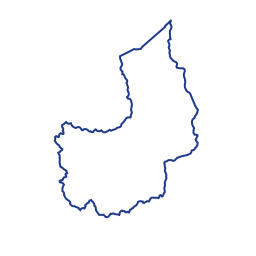 outline of Kuala Kangsar, Perak, Malaysia, rotated 153°
{"feature_id": "92858781B74262532069256", "entity_name": "Kuala Kangsar", "entity_type": "district", "adm_level": 2, "iso_a3": "MYS", "parent_name": "Malaysia", "parent_adm1": "Perak", "projection": "robinson", "projection_center": [101.145, 4.799], "detail": "fine", "context": "isolated", "style": "outline", "palette": "blue", "viewbox_px": 256, "rotation_deg": 153, "n_neighbors": 0, "source": "geoboundaries", "source_scale": "gbopen_adm2", "svg_char_len": 5345}
<svg xmlns="http://www.w3.org/2000/svg" viewBox="0 0 256 256"><g transform="rotate(153 128 128)"><path d="M74.0,81.3L72.5,83.4L73.0,84.7L73.1,86.1L72.8,87.2L71.5,87.9L70.1,89.0L69.4,90.1L70.3,91.1L71.7,91.8L71.9,94.0L71.3,95.0L70.3,96.7L69.2,97.9L69.2,98.8L69.3,100.0L69.2,101.9L68.7,103.6L67.7,105.2L66.3,106.5L64.2,106.7L63.0,108.0L60.4,109.4L57.4,112.4L58.0,115.2L58.0,116.7L57.9,118.7L57.7,121.6L57.0,130.5L57.7,132.2L58.6,133.2L59.0,135.1L59.0,136.8L58.8,138.5L57.9,140.6L56.2,142.7L55.5,144.6L55.0,146.0L54.8,148.2L54.0,150.4L53.0,151.4L51.6,152.9L51.0,154.6L51.9,156.3L53.8,157.2L54.9,157.7L56.0,158.7L57.0,159.5L57.0,160.8L55.8,161.9L55.0,163.0L55.3,164.9L57.1,167.1L57.8,169.8L58.3,171.3L58.0,172.6L57.2,175.2L56.8,176.7L55.5,177.7L55.5,179.2L55.1,181.5L54.0,182.2L53.2,183.5L53.0,185.0L53.0,186.4L52.5,187.6L51.0,188.1L49.8,187.8L49.5,188.9L48.9,190.3L48.3,191.9L47.7,193.4L47.0,194.8L46.4,195.7L45.1,196.5L44.1,197.5L43.1,198.6L43.0,200.5L43.1,201.8L42.3,203.0L40.5,204.5L48.8,201.9L48.9,201.3L69.1,196.2L78.3,193.9L80.7,192.7L82.7,193.3L83.7,193.8L85.4,194.5L86.8,195.6L91.0,195.5L102.6,195.6L103.0,194.5L103.2,194.0L103.6,193.1L103.6,191.5L104.0,189.3L104.0,188.0L104.6,186.9L105.7,186.1L106.7,185.6L107.6,184.7L108.0,183.5L107.8,182.0L107.3,180.7L107.9,179.6L108.3,179.1L108.7,178.5L107.5,177.8L107.4,176.5L107.8,174.7L107.7,173.2L107.4,172.2L107.1,171.1L107.4,170.1L107.9,169.3L108.9,168.8L109.3,165.5L109.4,164.3L110.5,163.0L111.3,161.8L111.3,160.6L111.5,158.8L112.1,157.5L112.9,156.6L114.1,156.3L114.9,156.0L114.8,154.4L114.0,153.9L113.1,153.2L112.9,151.9L112.8,150.6L113.4,149.3L113.5,148.2L114.0,146.8L114.9,145.6L115.9,144.4L116.7,143.4L117.2,142.2L117.3,141.2L117.5,140.0L119.0,138.7L119.5,138.1L120.3,137.3L120.7,136.4L121.7,136.5L123.1,137.5L124.9,137.6L126.0,137.0L127.1,136.4L128.1,135.8L129.4,135.3L130.3,135.0L131.2,134.7L132.1,134.4L133.4,132.8L134.8,132.5L137.3,133.1L138.2,133.0L139.6,132.7L141.2,133.0L143.3,133.2L144.5,133.4L145.2,134.7L146.1,134.7L147.0,134.4L148.7,134.5L150.3,134.5L151.5,135.1L152.3,136.2L152.7,138.0L154.2,137.9L154.7,137.9L155.4,138.3L156.0,138.8L156.6,139.4L157.1,140.0L157.1,140.9L157.6,141.5L158.7,141.1L159.3,141.1L160.1,140.9L160.7,140.3L161.8,140.5L162.6,141.3L162.9,142.1L163.6,142.3L164.2,142.7L164.7,144.0L164.9,144.8L165.7,145.7L166.1,146.2L167.1,146.7L168.3,146.9L169.2,146.5L169.9,146.9L170.2,148.0L170.4,149.6L170.9,150.7L171.7,151.3L172.6,151.7L173.6,151.7L174.4,151.7L174.9,152.2L175.4,152.6L175.9,153.3L176.5,154.5L176.8,155.9L176.9,157.5L176.7,158.1L177.8,158.5L178.6,158.5L179.2,158.9L180.1,160.3L180.4,161.4L184.0,160.5L185.4,160.5L186.1,159.6L186.2,158.4L186.0,157.7L186.0,156.7L186.3,156.2L186.8,155.8L187.4,155.3L187.4,154.8L187.2,154.1L187.6,153.2L188.0,152.2L188.6,152.1L189.0,152.3L189.4,152.8L190.2,153.8L191.0,153.8L191.5,153.7L192.0,153.4L192.5,153.0L193.2,152.1L193.7,151.5L194.4,151.6L195.1,152.7L195.7,153.4L196.5,153.2L197.2,153.0L197.4,151.9L198.2,150.7L199.0,149.8L198.9,149.3L198.9,148.6L198.7,147.1L198.5,146.3L197.8,144.6L197.3,144.0L197.2,143.2L197.5,142.1L197.1,141.3L196.8,140.6L196.5,139.8L196.1,138.9L196.5,138.4L197.6,138.3L198.5,138.1L199.2,137.7L199.8,137.7L200.9,137.7L201.5,137.5L201.5,136.4L201.3,135.4L201.4,134.6L201.5,133.9L202.2,133.1L202.6,132.1L203.0,130.9L203.8,129.8L204.6,128.3L205.8,124.1L205.3,123.5L204.5,122.5L204.2,121.2L203.8,120.4L202.3,117.9L202.7,117.2L202.6,116.2L202.8,115.3L204.1,115.5L204.6,115.3L204.9,114.6L204.9,113.5L205.1,112.7L205.8,112.5L206.6,112.8L207.9,113.0L208.7,112.5L209.6,111.5L210.6,111.4L211.5,111.9L213.0,111.9L213.4,110.8L212.8,110.0L211.9,109.5L211.2,108.6L211.0,107.9L210.8,106.6L211.8,105.8L212.1,105.7L213.1,104.9L214.2,103.3L214.6,102.5L215.1,101.4L214.5,100.1L214.6,98.7L215.3,97.4L215.5,96.1L215.4,94.4L215.2,92.8L214.5,91.4L213.7,90.1L213.2,89.0L213.2,87.8L213.9,87.2L214.0,85.9L213.5,84.8L213.3,84.2L212.3,83.1L211.2,82.7L210.7,82.0L210.1,80.9L209.5,80.5L208.4,79.2L208.4,78.0L207.7,76.5L206.6,77.3L205.5,77.4L203.7,76.7L203.3,76.1L201.5,77.3L201.2,78.6L199.8,78.9L198.5,79.5L196.9,79.3L196.2,80.0L195.1,80.8L193.5,80.6L193.1,78.7L192.8,77.5L192.6,75.8L192.8,74.9L193.3,74.0L192.7,72.7L193.0,71.5L193.9,69.2L193.7,67.4L193.5,66.0L193.4,65.0L193.1,63.7L192.0,63.1L191.4,62.8L190.4,62.3L189.3,61.9L188.7,60.6L188.4,59.0L187.2,58.0L185.8,58.0L184.6,58.4L182.3,59.5L181.6,58.9L179.9,58.6L178.5,57.0L176.5,55.7L175.3,54.5L174.7,55.0L173.7,56.4L172.2,57.1L170.9,57.2L170.4,56.4L168.9,55.6L168.7,54.5L167.9,53.6L166.4,53.5L165.6,52.3L164.7,52.8L163.5,54.1L162.4,54.0L161.2,54.6L160.2,54.3L158.5,55.1L157.1,55.2L155.6,55.4L154.3,56.1L152.6,57.6L151.1,57.5L149.7,56.8L148.3,55.9L148.5,54.5L147.5,53.9L145.4,54.1L144.1,54.1L142.7,53.1L141.8,53.5L140.6,54.7L138.4,55.2L136.0,53.8L134.3,53.0L132.8,51.7L131.9,51.9L130.6,53.4L129.3,53.4L128.8,51.5L127.8,51.7L126.5,52.8L125.3,53.6L124.2,54.3L123.6,56.1L122.7,58.4L121.5,59.5L120.7,60.7L120.1,62.5L118.9,63.8L117.7,64.8L116.4,66.0L116.1,67.5L115.2,68.6L114.8,70.8L114.7,72.6L114.1,73.9L113.0,75.2L112.7,76.8L112.1,78.3L111.5,80.6L110.3,81.1L108.8,80.8L107.6,80.9L106.6,81.0L104.6,80.1L103.6,79.4L102.6,78.1L101.2,77.9L99.6,78.5L97.7,79.1L96.2,78.9L94.1,78.6L92.3,78.3L90.4,77.8L88.1,77.1L85.9,76.9L83.8,76.9L82.2,78.1L81.4,79.0L78.8,78.6L77.5,79.4L76.7,80.0L76.1,79.9L75.1,80.4L74.7,80.9L74.0,81.3Z" fill="none" stroke="#1e3a8a" stroke-width="2"/></g></svg>